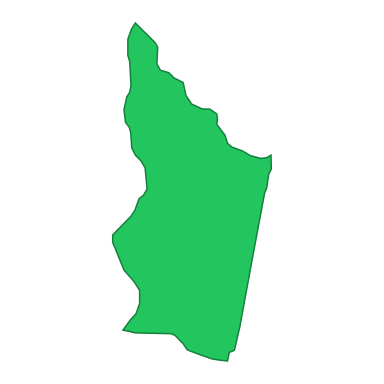 the district of Río Blanco, San Marcos, Guatemala
{"feature_id": "79465075B55305987595848", "entity_name": "Río Blanco", "entity_type": "district", "adm_level": 2, "iso_a3": "GTM", "parent_name": "Guatemala", "parent_adm1": "San Marcos", "projection": "mercator", "projection_center": [-91.688, 15.047], "detail": "fine", "context": "isolated", "style": "filled", "palette": "green", "viewbox_px": 384, "rotation_deg": 0, "n_neighbors": 0, "source": "geoboundaries", "source_scale": "gbopen_adm2", "svg_char_len": 991}
<svg xmlns="http://www.w3.org/2000/svg" viewBox="0 0 384 384"><path d="M135.3,23.0L131.5,29.1L127.9,39.0L127.8,55.0L129.7,61.8L131.0,85.8L129.5,92.8L126.8,96.7L124.0,109.7L125.5,122.3L129.3,127.4L130.7,132.5L131.8,148.0L135.4,155.2L141.2,161.1L145.1,168.0L147.1,189.0L143.5,195.2L139.1,198.6L134.9,210.3L130.8,216.4L112.7,234.9L112.7,242.4L124.0,270.1L134.1,281.7L139.6,290.4L139.6,303.6L136.1,313.6L130.4,319.8L122.9,330.2L128.4,331.2L135.3,332.9L171.1,333.7L175.2,335.5L183.2,343.8L187.3,349.9L192.5,351.9L200.7,355.0L212.2,359.0L220.9,360.3L227.5,361.0L229.3,352.3L231.7,351.5L234.4,350.2L239.8,326.9L252.1,259.9L264.6,193.1L266.6,188.3L268.8,174.0L271.3,169.2L271.0,155.1L267.0,157.6L260.7,158.4L250.4,155.6L242.6,151.0L231.8,147.0L227.5,143.3L225.1,135.4L216.8,124.4L217.5,119.6L216.8,114.0L209.8,109.1L202.3,109.0L191.7,104.1L186.0,95.5L183.1,82.5L174.1,78.0L168.8,72.7L160.4,70.2L156.9,63.9L157.7,47.2L155.0,42.5L135.3,23.0Z" fill="#22c55e" stroke="#15803d" stroke-width="1.5"/></svg>